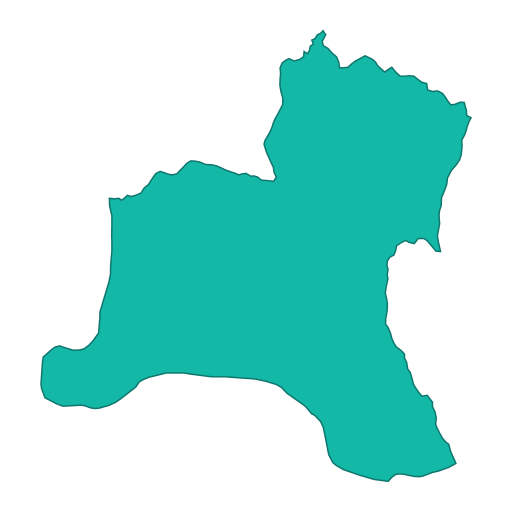 the district of Paulo de Faria, São Paulo, Brazil, rotated 180°
{"feature_id": "56859067B47461388834075", "entity_name": "Paulo de Faria", "entity_type": "district", "adm_level": 2, "iso_a3": "BRA", "parent_name": "Brazil", "parent_adm1": "São Paulo", "projection": "natural_earth1", "projection_center": [-49.477, -20.074], "detail": "fine", "context": "isolated", "style": "filled", "palette": "teal", "viewbox_px": 512, "rotation_deg": 180, "n_neighbors": 0, "source": "geoboundaries", "source_scale": "gbopen_adm2", "svg_char_len": 3369}
<svg xmlns="http://www.w3.org/2000/svg" viewBox="0 0 512 512"><g transform="rotate(180 256 256)"><path d="M467.0,114.2L459.2,110.2L455.6,108.3L449.1,105.8L431.2,106.8L427.8,106.4L420.4,103.9L416.6,103.5L412.6,103.9L403.2,106.6L396.6,109.6L391.6,113.0L376.3,124.9L372.7,130.2L368.2,132.7L362.9,134.8L345.7,139.0L327.7,139.0L322.8,138.1L300.4,135.2L286.0,135.2L281.4,134.8L257.3,133.1L246.0,130.7L235.5,127.5L230.5,124.5L224.8,118.6L208.6,107.2L205.8,104.8L200.3,98.2L197.3,96.7L191.3,90.3L188.7,84.5L186.7,75.0L183.3,57.4L179.2,49.4L175.5,46.4L168.4,42.3L151.0,36.4L138.0,32.6L123.8,30.7L120.1,34.9L116.0,37.7L112.0,38.1L108.4,37.8L98.1,35.6L92.6,35.3L88.9,36.0L80.0,39.4L72.7,41.2L63.0,44.8L56.1,48.6L61.3,60.4L63.3,67.7L66.2,69.9L69.4,73.6L72.4,78.9L74.8,83.7L76.4,87.9L75.7,93.8L77.0,100.3L79.5,105.3L79.5,109.8L82.4,113.5L84.8,116.7L90.0,115.8L93.8,120.3L96.3,124.0L98.5,127.6L100.1,133.9L101.8,139.6L104.3,143.0L105.4,149.7L107.5,153.9L107.5,157.9L110.9,161.5L115.5,164.9L118.0,168.6L120.3,173.9L121.4,178.5L124.0,184.6L126.4,187.8L126.4,192.6L124.8,201.8L124.6,208.6L125.5,213.9L126.7,218.7L126.0,224.4L124.1,233.2L124.8,237.2L124.0,242.6L125.1,246.9L124.7,250.8L122.4,254.7L118.2,256.9L116.3,261.4L115.5,266.2L110.9,269.3L106.5,271.5L102.7,269.6L97.7,268.4L93.9,273.4L88.0,273.5L84.5,271.0L76.1,260.9L71.5,260.5L72.6,265.6L73.7,270.2L74.6,276.2L72.4,288.1L73.0,296.9L72.4,301.7L70.8,306.5L70.5,314.2L68.5,318.9L66.7,323.6L65.2,328.0L64.6,333.9L60.5,341.7L55.7,347.2L52.4,352.2L50.8,357.0L50.3,362.2L49.9,366.3L50.3,371.7L47.4,377.2L45.9,381.3L45.0,385.0L43.0,390.4L41.0,394.2L45.4,396.6L45.6,401.6L46.8,405.6L47.8,409.6L51.7,409.8L57.2,407.6L61.3,407.2L64.1,410.8L66.4,414.4L69.3,418.4L74.4,421.1L79.4,420.5L84.3,422.0L85.4,428.5L90.2,429.7L94.8,433.1L98.0,435.8L102.4,436.2L108.1,435.8L112.0,435.9L116.4,440.1L120.2,444.7L123.7,442.6L127.3,439.9L131.2,443.4L134.5,446.5L136.6,450.0L139.7,452.7L146.9,456.2L151.1,453.9L156.5,451.0L160.0,448.4L164.1,444.7L169.0,444.2L172.3,444.1L173.2,449.6L175.5,455.1L180.2,459.2L184.2,463.7L188.7,466.3L189.8,470.5L186.3,477.3L189.0,481.3L191.4,478.7L194.7,477.1L197.0,473.3L200.2,471.9L198.6,468.0L201.8,465.7L202.5,461.7L204.6,458.2L207.9,460.5L208.3,455.4L212.0,452.7L217.8,451.0L223.0,453.3L226.2,451.8L229.8,449.1L231.9,444.1L231.4,438.2L231.9,433.1L232.1,427.0L231.2,421.1L229.1,413.6L229.3,407.6L232.3,401.6L234.9,396.7L237.3,392.4L238.7,389.0L239.9,384.9L242.4,379.3L246.9,371.7L248.0,367.9L245.6,360.0L241.0,349.6L238.7,344.9L237.9,339.6L235.7,335.0L238.2,330.7L245.8,331.5L250.4,331.8L254.6,335.0L257.9,336.0L261.4,335.9L266.0,338.6L269.7,338.1L273.3,337.1L276.4,338.6L281.4,340.2L286.7,342.1L291.4,344.4L295.4,346.1L300.2,347.2L306.4,347.5L312.1,349.9L317.2,350.9L321.2,351.1L325.3,348.6L327.9,345.7L331.8,341.7L335.2,338.1L340.1,337.1L343.8,337.8L347.1,339.1L351.9,340.6L356.1,338.5L359.6,333.7L363.6,327.4L367.8,324.0L370.9,319.0L376.2,316.7L380.6,315.5L384.7,316.6L387.7,313.7L390.4,311.8L393.2,313.7L397.6,313.1L402.6,313.7L402.4,306.0L400.1,296.3L400.1,287.0L400.3,275.9L400.1,271.0L400.1,261.0L401.4,246.0L401.5,237.8L403.3,229.2L412.0,200.1L412.1,194.3L413.4,179.0L418.8,171.4L423.4,166.5L428.0,163.2L431.7,162.1L438.5,161.7L449.1,164.9L452.2,166.1L457.1,164.9L461.0,161.9L468.7,155.0L469.5,150.3L470.4,136.9L471.0,127.9L470.4,123.4L467.0,114.2Z" fill="#14b8a6" stroke="#0f766e" stroke-width="1.5"/></g></svg>